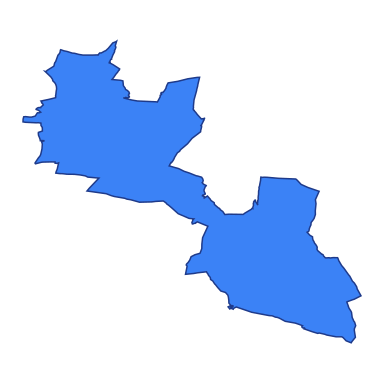 the district of Songdalen nor, Vest-Agder, Norway
{"feature_id": "86288312B8031937761256", "entity_name": "Songdalen nor", "entity_type": "district", "adm_level": 2, "iso_a3": "NOR", "parent_name": "Norway", "parent_adm1": "Vest-Agder", "projection": "robinson", "projection_center": [7.708, 58.239], "detail": "fine", "context": "isolated", "style": "filled", "palette": "blue", "viewbox_px": 384, "rotation_deg": 0, "n_neighbors": 0, "source": "geoboundaries", "source_scale": "gbopen_adm2", "svg_char_len": 5891}
<svg xmlns="http://www.w3.org/2000/svg" viewBox="0 0 384 384"><path d="M319.1,191.3L308.0,187.5L301.1,184.4L297.1,180.1L295.8,179.0L278.4,178.3L267.1,177.3L264.1,177.2L261.7,177.4L261.5,177.2L260.9,177.1L260.7,178.2L260.6,180.2L259.8,184.3L259.5,186.1L259.0,187.2L259.0,188.3L259.2,188.6L258.6,191.1L258.5,194.7L258.3,195.8L258.1,198.1L258.3,198.8L258.0,200.0L257.7,200.5L257.8,200.9L257.5,203.6L257.8,205.1L256.0,202.2L255.3,200.2L255.4,199.5L254.8,200.5L254.8,200.8L254.5,200.8L254.6,201.3L254.1,201.3L253.6,201.9L253.6,203.0L253.3,203.5L253.3,204.0L253.5,205.1L252.7,207.9L252.8,208.6L252.0,208.4L251.3,209.3L244.9,213.1L243.2,214.4L229.0,214.2L224.8,214.5L222.8,211.5L220.3,209.7L219.9,208.9L219.2,208.2L218.5,208.0L214.6,204.6L214.4,204.4L214.2,202.7L211.0,200.5L210.2,199.1L207.4,196.0L204.3,198.0L204.1,197.9L204.8,196.9L202.4,195.8L202.7,195.1L203.9,194.9L204.6,194.2L205.2,194.1L205.2,193.4L204.6,192.4L204.1,191.0L204.0,190.0L205.3,186.6L205.8,186.3L206.2,185.5L203.9,184.4L203.0,183.7L202.2,182.7L202.7,182.3L203.2,180.4L202.7,178.8L201.6,177.2L197.6,176.0L196.3,175.8L189.3,173.0L184.1,171.3L178.9,168.7L169.2,165.9L169.7,165.3L169.8,164.4L171.1,162.9L171.0,162.5L172.1,162.0L173.4,160.0L173.7,159.5L173.6,159.4L174.3,158.2L174.5,157.5L177.4,152.8L179.7,151.2L179.7,150.8L181.0,149.3L187.5,143.8L192.1,138.3L200.6,131.8L200.8,129.9L201.0,129.4L201.6,126.8L201.3,126.2L201.5,126.0L200.9,125.6L201.8,124.3L203.8,120.3L203.7,120.2L203.9,120.1L203.8,119.7L204.0,119.5L203.7,119.2L204.4,118.7L204.7,117.7L204.2,118.5L201.3,118.9L197.3,114.5L195.9,112.6L194.0,110.5L194.1,110.3L193.3,109.7L193.2,108.8L193.5,107.7L193.4,106.4L194.0,100.0L196.6,90.6L196.8,89.2L197.6,86.3L197.9,84.4L199.6,77.3L197.2,77.4L187.8,78.8L177.9,81.3L168.1,82.9L166.9,85.2L166.1,87.3L166.0,88.2L164.5,90.6L162.9,92.5L162.6,92.3L161.3,92.6L161.3,93.0L160.9,93.3L161.0,93.6L161.4,93.7L161.5,94.5L160.2,95.3L160.2,96.8L157.4,102.0L155.9,101.8L137.5,101.0L131.7,100.0L124.0,98.1L124.0,97.9L125.1,97.9L125.7,97.4L127.6,97.9L129.1,97.2L129.4,96.9L129.3,96.5L129.0,96.3L128.8,95.7L128.5,95.7L128.4,95.1L128.8,94.6L128.8,94.1L129.4,93.7L129.4,93.2L128.8,91.8L127.3,90.4L125.5,89.4L125.2,88.2L123.4,85.7L122.9,80.9L120.6,80.3L112.0,79.5L113.8,77.3L115.8,74.3L117.6,72.2L118.5,70.7L119.0,70.4L119.1,69.9L119.5,69.6L119.5,69.1L119.6,68.9L113.1,64.7L110.3,63.2L109.2,62.9L109.3,62.2L110.1,62.0L109.9,61.3L110.7,59.5L111.5,59.2L111.4,59.0L112.9,55.0L114.4,52.1L114.7,50.9L114.5,50.5L115.4,48.8L115.9,47.1L115.3,46.1L115.3,45.7L116.6,41.2L115.9,41.7L112.8,42.9L108.3,48.3L105.7,50.7L104.6,51.1L101.4,52.9L99.6,53.0L99.4,53.4L98.9,53.8L98.0,55.1L97.5,54.9L92.2,55.1L83.1,55.1L78.8,54.4L74.6,53.3L72.3,53.1L67.2,51.5L63.9,50.8L60.7,49.7L60.4,50.1L60.0,52.5L58.7,54.5L58.0,55.1L55.6,61.7L54.9,62.5L54.4,63.8L54.0,65.9L53.2,66.6L47.1,70.4L46.1,71.6L45.1,71.4L50.9,77.0L52.5,79.3L52.8,80.8L54.4,82.4L55.2,83.4L55.8,84.6L56.4,86.5L56.6,88.9L56.2,91.2L55.8,94.9L55.5,96.0L55.8,96.8L55.6,97.7L48.7,99.4L41.1,101.0L41.5,101.4L41.7,101.9L41.4,102.0L41.9,103.1L42.8,103.9L43.3,104.9L40.6,107.3L40.6,107.6L39.0,107.5L37.8,107.8L36.4,108.7L36.5,109.0L36.2,109.5L38.5,110.3L40.7,112.2L39.3,112.8L37.4,112.8L35.3,116.0L34.8,116.2L31.5,117.1L29.8,117.1L25.5,116.6L23.7,116.8L23.1,119.1L23.0,121.9L25.5,122.3L36.4,122.8L38.3,122.7L40.9,123.1L41.0,125.5L42.3,127.5L42.4,131.0L38.4,132.4L38.3,133.7L38.6,135.7L39.0,136.4L40.1,139.4L40.3,140.7L41.6,140.5L44.5,140.7L41.6,141.8L42.3,144.0L42.0,148.8L40.9,153.7L40.5,155.0L39.7,156.4L38.6,157.6L35.1,162.8L35.1,163.4L35.5,163.8L41.3,162.3L42.8,162.1L51.3,161.9L55.1,162.0L55.1,163.2L57.2,163.4L58.6,162.9L57.2,169.2L56.2,171.5L55.8,173.1L59.4,173.6L62.7,173.7L66.9,174.2L74.2,174.3L79.9,174.9L85.4,175.9L87.8,177.1L98.9,178.1L89.3,188.2L87.0,191.0L106.2,193.7L111.2,195.6L114.3,196.5L124.8,198.3L126.8,199.1L130.9,199.8L139.5,202.2L151.7,201.9L155.8,201.4L163.2,201.0L164.1,201.5L166.3,203.2L166.7,203.9L168.7,205.3L171.4,207.6L178.2,213.7L189.1,218.4L193.8,218.9L192.8,219.9L192.6,221.0L192.0,222.2L191.9,222.8L192.2,223.2L192.3,223.9L192.8,224.0L194.0,223.4L195.3,223.3L195.7,222.7L196.4,222.6L197.2,221.8L207.9,226.2L202.6,237.7L201.9,244.0L201.8,248.6L200.1,253.1L199.6,253.4L195.0,254.7L191.1,256.7L189.8,260.0L188.1,262.5L186.6,264.0L186.2,265.0L186.9,265.8L187.1,266.3L185.5,274.3L193.6,273.5L197.6,272.8L206.5,271.8L207.1,273.0L207.7,273.6L208.5,275.3L210.3,277.5L210.6,279.5L212.8,281.0L214.7,284.0L215.2,284.3L217.7,287.5L220.8,291.0L225.5,292.5L227.9,295.2L228.4,297.3L228.8,300.4L228.9,302.7L229.0,303.3L230.0,304.4L230.7,305.5L228.1,306.9L229.8,309.0L230.1,308.8L231.1,307.1L230.9,306.8L231.9,306.5L232.1,305.6L233.1,306.0L233.0,306.4L232.2,307.2L231.6,308.2L231.2,308.4L233.2,309.2L233.3,308.8L234.2,308.0L236.3,307.0L251.8,312.3L269.2,315.6L272.2,315.8L275.3,317.1L277.3,317.4L279.2,318.1L285.2,321.3L295.3,323.1L299.4,324.5L302.5,325.7L301.9,326.3L301.9,327.0L302.0,327.2L302.6,327.8L304.5,328.0L304.7,328.4L304.2,328.9L312.2,331.7L317.8,333.4L319.1,333.0L324.9,334.3L326.6,335.0L336.1,336.8L341.7,336.8L343.0,337.5L346.1,340.8L351.2,342.8L351.9,341.6L355.4,337.3L354.3,330.2L354.4,328.7L355.7,325.7L354.6,322.1L353.9,321.3L352.2,317.5L351.5,312.3L350.6,310.6L349.2,308.5L348.3,306.5L348.4,306.3L346.8,302.0L347.8,301.5L353.0,299.6L354.1,299.3L361.0,295.8L357.2,289.0L356.7,286.9L356.3,286.2L354.4,283.1L352.4,281.1L349.8,276.2L348.6,274.8L343.9,268.2L341.6,265.5L338.8,260.7L338.0,258.5L337.6,257.7L333.2,257.6L330.0,258.0L329.1,257.7L326.5,257.9L325.3,257.8L323.6,256.0L323.1,254.8L322.4,254.3L321.9,254.3L317.7,250.6L317.0,249.3L317.2,247.6L317.0,246.6L315.6,244.3L314.7,243.4L313.9,241.5L313.0,240.0L312.6,238.3L312.5,236.8L309.8,235.2L307.1,232.2L308.7,231.3L309.0,230.6L309.3,228.8L309.9,227.1L311.0,224.8L310.9,224.2L311.2,222.4L313.0,220.1L314.1,218.4L315.4,214.5L315.3,210.8L316.0,203.7L315.4,199.7L319.1,191.3Z" fill="#3b82f6" stroke="#1e3a8a" stroke-width="1.5"/></svg>